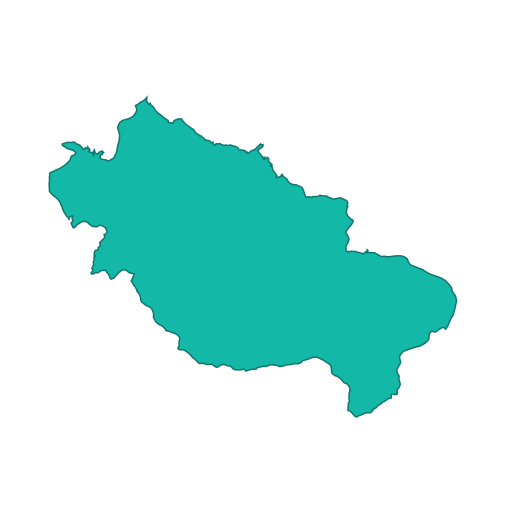 Floridablanca, Santander, Colombia, rotated 74°
{"feature_id": "7082276B34435529925249", "entity_name": "Floridablanca", "entity_type": "district", "adm_level": 2, "iso_a3": "COL", "parent_name": "Colombia", "parent_adm1": "Santander", "projection": "mercator", "projection_center": [-73.085, 7.083], "detail": "fine", "context": "isolated", "style": "filled", "palette": "teal", "viewbox_px": 512, "rotation_deg": 74, "n_neighbors": 0, "source": "geoboundaries", "source_scale": "gbopen_adm2", "svg_char_len": 6115}
<svg xmlns="http://www.w3.org/2000/svg" viewBox="0 0 512 512"><g transform="rotate(74 256 256)"><path d="M429.8,210.2L431.4,207.9L437.5,205.0L438.5,203.6L438.0,202.2L437.6,197.4L437.1,195.3L437.3,192.2L438.1,189.8L438.1,188.9L437.7,187.7L436.2,185.7L435.2,185.0L435.2,182.8L433.3,179.8L432.6,176.6L431.6,175.5L430.8,171.2L429.4,167.8L429.8,166.3L429.7,165.2L426.9,164.3L426.1,163.6L426.2,162.6L427.1,161.4L427.8,159.8L427.7,158.6L426.7,157.7L425.3,157.7L423.3,156.9L421.7,154.5L419.8,153.1L418.5,152.6L413.6,152.6L410.8,151.5L407.4,152.5L403.9,152.0L398.6,146.6L397.5,146.1L394.1,146.2L392.0,145.4L391.3,145.0L389.0,142.1L388.2,140.2L388.0,137.7L387.5,128.0L387.8,122.9L386.4,117.5L384.5,113.9L382.7,112.3L380.6,111.8L378.0,110.2L376.9,108.6L377.3,106.7L378.5,104.8L377.6,101.3L376.6,99.3L376.1,95.6L376.7,94.8L378.6,94.2L377.7,92.7L376.1,91.0L370.6,86.5L367.0,82.8L362.1,79.7L354.2,75.5L349.4,75.3L345.0,76.8L339.6,77.0L335.0,79.0L331.4,81.1L327.9,84.4L322.4,92.3L319.3,95.9L314.5,100.1L313.6,101.6L307.7,109.3L306.4,110.3L304.4,111.0L300.3,111.5L297.6,113.8L296.1,115.9L294.7,120.3L293.3,128.7L292.6,131.0L291.8,132.0L291.0,135.9L285.7,140.9L283.9,146.2L283.8,148.0L282.8,148.3L282.1,147.9L281.9,146.9L280.7,147.4L282.4,148.3L282.1,148.4L282.3,149.6L282.8,149.6L283.1,150.3L282.8,150.4L283.3,151.6L283.2,152.6L279.0,159.4L277.8,162.8L277.1,167.2L275.3,167.8L271.7,167.1L267.8,163.4L265.8,162.1L263.8,162.0L260.6,162.5L258.0,163.5L254.8,159.8L252.0,155.4L249.2,152.9L247.9,153.3L246.4,154.8L242.8,156.8L238.9,157.2L235.7,155.6L234.8,155.5L233.8,154.2L233.4,154.7L230.6,153.3L228.6,153.3L227.1,154.2L224.7,157.3L223.4,158.5L223.0,161.3L223.0,163.5L222.4,166.5L219.6,170.1L217.8,171.6L216.5,175.8L215.2,177.8L215.8,179.1L215.7,180.6L214.6,184.9L214.7,187.1L213.5,188.8L213.5,191.5L211.9,192.0L205.2,192.4L202.7,193.0L198.8,197.5L197.1,201.5L194.9,203.8L190.0,205.5L187.1,207.8L184.7,208.4L185.3,209.5L186.2,209.3L186.6,214.0L185.1,213.9L185.0,214.5L184.5,213.9L184.0,213.9L178.0,216.2L174.2,215.9L173.8,216.8L173.3,216.8L173.0,217.3L172.7,215.5L168.5,217.8L166.2,217.0L165.6,217.1L164.4,217.7L165.4,221.2L164.9,222.2L163.5,220.5L163.4,222.0L155.3,225.5L154.2,223.3L152.8,219.4L151.0,218.6L150.9,219.9L149.5,220.7L153.3,228.0L153.6,231.7L155.3,235.4L153.4,236.1L153.2,237.2L152.5,237.7L152.1,237.9L151.9,237.5L151.4,237.7L149.2,243.0L147.0,243.6L145.2,245.3L143.4,248.5L142.9,248.8L142.3,250.0L141.9,253.0L141.0,254.3L140.9,256.3L139.3,258.6L138.4,259.2L137.7,260.7L137.9,261.6L137.0,263.4L138.3,265.0L136.6,266.2L134.7,266.0L134.9,267.4L134.1,268.2L132.8,268.7L131.7,270.1L131.3,271.6L129.6,273.4L128.8,273.4L127.0,274.9L125.4,275.6L125.0,277.1L123.2,277.8L122.7,278.9L120.3,280.3L117.8,280.9L110.3,287.0L106.0,289.2L103.8,289.7L102.8,292.9L103.2,297.3L103.9,298.1L105.4,299.0L103.5,303.3L101.9,303.1L101.0,303.5L99.5,305.0L90.2,311.7L87.5,312.8L84.0,313.8L81.2,315.8L80.2,315.6L80.7,316.8L79.0,317.9L77.1,318.5L73.5,317.3L74.2,318.2L75.6,321.0L76.5,325.3L77.7,327.8L78.0,330.2L78.6,330.5L80.9,330.1L83.1,330.4L85.4,332.3L87.6,335.3L88.3,337.0L89.0,340.9L88.8,345.2L89.1,347.6L90.0,349.8L91.4,351.5L94.5,353.7L99.3,353.6L102.8,353.9L107.6,355.9L111.1,358.1L118.0,361.6L122.6,365.7L124.0,371.2L123.5,372.8L122.4,373.5L120.6,377.5L118.7,378.7L116.2,378.1L115.9,375.6L114.7,374.9L114.6,374.0L112.7,374.9L112.8,377.7L114.4,380.5L112.6,382.2L109.4,382.2L110.9,383.6L114.3,384.5L111.2,385.3L110.2,387.4L109.2,388.1L108.2,386.3L104.8,387.7L105.9,388.2L105.0,390.0L106.3,392.2L100.9,394.8L98.5,397.9L96.8,398.8L95.9,400.9L96.0,402.6L94.8,405.5L94.9,411.4L96.1,411.6L97.5,410.7L97.9,409.9L100.4,408.1L104.4,402.3L106.6,400.9L107.4,400.9L108.5,402.2L109.1,405.5L109.5,406.3L112.8,408.6L115.7,413.9L117.5,419.4L119.3,431.1L120.3,431.8L121.6,432.0L124.0,433.2L125.5,433.3L130.0,435.1L137.1,436.7L140.7,435.0L145.9,431.4L149.9,429.6L160.6,428.5L165.4,427.1L167.2,426.2L167.7,425.6L170.0,425.6L168.0,425.4L166.8,423.1L167.0,421.3L168.9,422.4L171.8,422.3L173.5,424.7L178.3,424.0L178.6,423.6L178.5,422.3L177.1,420.4L176.5,419.0L175.0,413.8L175.6,410.8L177.2,408.6L179.4,407.5L182.5,405.0L184.0,401.4L183.4,397.4L185.0,394.9L187.5,392.9L191.0,392.5L191.8,392.6L192.8,393.4L193.6,395.0L193.5,396.1L195.9,396.2L196.8,396.8L199.3,401.2L200.0,401.6L199.7,402.1L200.8,402.8L202.0,402.6L203.3,403.1L204.3,405.1L205.3,405.8L206.7,406.2L206.3,408.9L207.2,409.8L210.3,411.4L211.6,410.5L212.0,410.6L211.9,411.3L213.0,412.4L214.7,412.4L217.0,414.1L219.4,414.4L222.7,417.1L223.1,417.2L224.4,416.5L226.1,417.7L226.3,418.9L227.7,419.3L228.4,417.4L227.7,414.7L228.4,413.8L228.5,412.7L227.3,408.3L228.1,405.8L228.1,404.6L231.2,403.7L233.7,402.5L237.1,402.4L238.0,402.0L238.4,401.4L238.1,398.9L234.8,393.7L233.1,390.1L232.5,388.1L233.4,385.4L234.7,384.0L236.0,383.4L237.7,381.7L239.5,377.9L245.1,382.1L245.8,383.0L247.1,382.2L248.6,382.1L250.2,381.4L250.9,381.4L252.5,380.4L253.9,380.4L256.4,379.5L256.6,380.1L257.4,380.0L261.0,378.5L263.5,378.5L267.0,378.9L268.7,378.6L273.3,375.2L275.9,371.9L278.5,370.6L283.5,370.3L286.2,371.4L287.5,371.4L291.6,370.4L293.9,369.0L295.8,367.4L297.2,365.6L298.7,364.6L300.9,363.5L302.8,363.2L305.1,359.4L309.2,354.0L310.9,352.8L312.3,352.2L314.1,351.9L318.1,354.0L320.9,354.5L322.5,356.1L323.3,356.5L324.3,356.1L325.3,354.8L325.9,352.1L327.6,350.0L331.4,347.2L336.4,344.7L337.9,343.5L343.4,340.4L344.1,339.4L344.1,337.9L345.0,335.4L346.5,334.0L347.8,328.4L351.9,324.9L352.3,323.3L351.2,320.5L351.2,317.8L351.7,316.4L352.3,315.2L353.9,313.4L354.6,311.0L358.3,309.0L359.6,307.5L361.2,302.6L361.3,298.9L362.0,298.3L363.8,297.6L363.6,291.1L364.7,287.7L364.5,286.3L364.0,286.1L363.7,285.5L364.0,279.2L364.9,277.3L364.6,273.0L364.8,270.8L367.3,265.5L368.9,263.6L369.3,259.2L368.9,258.1L370.2,250.6L369.8,248.9L370.6,247.2L371.2,244.6L370.9,241.9L369.4,240.2L369.6,233.9L369.1,232.7L369.3,227.8L369.8,225.7L370.6,224.5L375.3,219.4L380.4,215.1L382.0,214.4L383.5,214.3L388.5,215.3L390.1,215.1L392.8,213.0L393.9,211.2L396.6,208.9L402.0,206.3L404.2,203.6L406.5,202.5L409.2,202.3L410.9,202.6L413.4,204.2L418.2,205.8L420.9,206.1L421.8,206.5L422.8,207.7L429.8,210.2Z" fill="#14b8a6" stroke="#0f766e" stroke-width="1.5"/></g></svg>